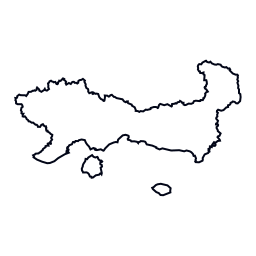 Anatolikis Makedonias kai Thr*, Anatoliki Makedonia kai Thraki, Greece
{"feature_id": "26713481B84884565940454", "entity_name": "Anatolikis Makedonias kai Thr*", "entity_type": "district", "adm_level": 2, "iso_a3": "GRC", "parent_name": "Greece", "parent_adm1": "Anatoliki Makedonia kai Thraki", "projection": "mercator", "projection_center": [25.319, 41.071], "detail": "fine", "context": "isolated", "style": "outline", "palette": "ink", "viewbox_px": 256, "rotation_deg": 0, "n_neighbors": 0, "source": "geoboundaries", "source_scale": "gbopen_adm2", "svg_char_len": 5735}
<svg xmlns="http://www.w3.org/2000/svg" viewBox="0 0 256 256"><path d="M33.6,157.3L37.0,159.6L42.1,161.7L47.2,163.2L49.9,163.0L54.4,161.2L58.2,158.1L64.9,154.2L68.8,152.7L68.4,152.2L67.1,152.9L66.4,152.3L66.7,150.5L67.2,150.2L68.3,150.5L68.6,149.7L68.4,149.2L67.1,148.5L67.2,147.5L67.6,147.0L68.2,147.0L69.3,145.2L71.9,144.3L73.0,142.0L74.1,141.9L74.6,142.3L75.6,141.0L78.1,141.1L78.9,140.2L81.6,139.5L84.8,140.1L85.9,142.7L87.2,144.6L89.1,146.6L90.5,149.4L93.4,148.0L95.6,148.7L96.1,149.5L94.9,149.5L95.2,149.9L96.9,150.1L100.8,149.3L103.3,150.7L103.8,150.5L105.2,148.4L109.2,144.4L113.7,142.5L115.8,142.0L117.5,142.3L118.1,139.7L118.5,139.2L122.7,135.4L125.5,134.8L127.9,135.5L128.7,136.1L128.7,137.6L127.7,138.9L127.9,139.7L130.6,140.4L131.3,141.4L134.3,141.3L137.0,141.8L138.2,143.1L138.6,142.1L139.7,141.9L140.7,141.1L143.7,141.3L145.3,141.8L146.7,144.4L152.3,145.6L156.3,147.3L156.3,148.0L159.6,149.4L162.4,148.4L171.2,150.5L179.2,150.2L184.2,151.3L186.5,150.5L189.7,151.3L191.3,152.2L193.0,154.0L193.6,155.9L194.9,155.7L196.0,158.4L195.5,159.9L195.8,160.6L195.2,161.4L195.6,162.1L199.0,162.3L202.5,160.7L202.8,159.7L202.7,158.0L204.7,154.4L208.1,153.0L208.6,152.2L209.5,151.6L209.3,150.6L208.5,150.5L208.5,148.9L209.8,148.7L209.9,146.3L210.3,146.3L210.2,147.1L210.5,148.0L210.6,146.8L211.8,147.1L212.1,144.9L212.8,143.9L212.8,145.0L213.7,145.9L214.9,145.9L215.6,144.9L214.5,143.1L214.6,142.3L216.0,142.5L217.6,141.0L220.0,140.7L219.7,139.7L217.5,137.1L217.9,136.4L219.5,135.8L220.6,133.4L217.8,131.1L217.8,130.2L216.6,128.1L216.6,127.0L218.0,125.7L218.1,124.8L217.8,124.4L216.0,124.4L216.1,123.6L217.2,123.0L218.0,120.8L216.2,118.7L216.4,117.5L217.4,116.5L217.1,114.8L217.9,112.8L216.9,111.9L217.0,110.8L218.1,109.7L221.2,110.7L223.5,110.1L226.3,107.4L228.1,107.0L228.0,105.3L229.7,104.8L230.3,104.1L230.6,102.8L231.8,102.4L232.7,101.5L234.7,101.9L236.2,103.3L237.7,103.4L240.1,101.1L240.6,97.1L240.3,94.1L239.0,93.1L239.0,89.4L238.1,88.0L238.4,85.6L237.4,82.7L238.2,81.1L237.3,79.6L237.9,77.7L237.6,76.8L238.0,75.6L237.4,74.7L235.7,74.7L232.8,73.5L229.7,70.4L230.2,69.5L229.5,68.4L228.2,68.7L226.3,67.1L225.0,67.5L222.5,66.8L221.7,66.3L220.6,64.7L217.8,64.1L216.3,64.7L214.5,64.5L211.9,63.4L210.4,61.7L209.1,62.5L207.5,62.1L206.4,61.5L206.2,60.8L205.7,60.8L202.4,62.6L201.3,64.3L199.2,64.1L198.2,65.2L197.8,66.4L198.2,68.2L197.9,69.4L199.0,71.3L199.9,71.4L200.2,73.0L201.8,73.1L203.5,72.5L203.5,74.4L204.6,75.1L204.2,80.2L206.3,80.2L206.7,81.6L206.9,83.9L206.0,85.4L205.9,86.5L204.8,86.9L204.6,87.5L205.0,88.5L206.4,89.5L207.8,91.6L206.2,92.3L205.1,93.7L205.4,94.9L205.0,96.2L204.1,98.0L203.3,98.2L203.3,99.3L202.8,100.1L200.6,100.0L200.0,100.6L200.1,101.0L199.5,101.1L195.8,100.7L193.9,101.2L193.1,103.0L191.2,103.8L188.6,103.6L185.8,105.0L184.7,105.1L183.5,104.5L183.5,102.8L182.2,102.9L181.6,101.9L180.0,100.9L179.4,101.9L177.5,102.3L176.6,103.5L175.9,103.6L175.4,103.2L174.3,103.8L172.1,104.0L171.8,106.3L171.5,106.5L167.4,104.2L164.2,105.2L160.2,103.9L159.1,104.9L158.1,107.8L157.6,108.0L157.0,107.3L155.9,107.0L153.8,107.0L150.7,108.0L150.5,109.1L147.1,109.9L145.8,109.6L143.2,111.4L140.5,111.1L139.3,111.9L137.9,111.1L135.7,110.9L135.8,110.1L134.7,107.3L132.0,105.7L131.7,104.6L128.2,103.2L127.6,102.5L127.8,101.4L126.7,101.4L125.7,102.2L124.1,101.4L122.5,99.3L116.6,98.1L114.8,96.9L113.9,96.9L111.8,94.8L110.4,95.2L109.4,96.4L108.6,96.6L107.4,95.7L104.8,95.5L105.0,96.9L104.5,100.3L104.3,100.8L103.5,100.9L102.6,99.8L100.9,99.0L99.3,97.2L98.2,94.0L96.6,93.6L95.4,93.8L94.5,93.2L92.9,94.0L92.6,93.8L93.0,92.4L92.1,92.2L89.3,93.2L88.2,91.6L88.3,90.1L88.0,89.0L86.4,88.0L85.5,85.6L85.7,84.3L84.4,81.8L84.9,80.6L82.9,78.9L81.5,79.8L79.4,80.2L78.3,81.1L78.2,82.8L77.2,83.5L76.3,82.8L74.6,82.8L74.0,81.9L73.1,81.8L72.2,82.1L70.8,84.0L68.9,83.0L66.3,84.6L65.6,83.2L66.1,81.8L65.1,80.6L63.7,79.7L64.1,78.9L63.0,78.4L60.6,80.9L59.2,80.7L59.1,81.4L57.9,82.5L58.0,83.6L57.3,84.2L56.5,84.0L55.3,81.9L53.6,82.3L53.2,81.8L52.0,81.5L51.0,80.7L49.5,81.4L49.1,82.5L48.0,83.4L48.4,85.6L48.2,87.1L49.0,89.0L46.9,90.6L45.3,90.1L44.8,88.9L44.1,90.0L41.4,91.8L39.3,90.6L39.2,89.5L37.1,87.5L36.7,88.3L36.6,89.8L35.3,90.7L34.5,90.3L33.7,90.8L32.8,90.7L31.0,91.8L28.6,91.9L27.8,93.8L26.2,96.0L25.2,95.3L20.7,95.2L19.2,94.6L17.2,96.2L17.1,97.6L16.3,98.1L15.4,98.0L15.7,99.2L15.4,100.2L16.0,101.1L16.1,103.4L17.6,104.2L21.5,104.2L22.3,105.3L22.7,106.8L21.5,107.7L20.9,110.4L21.8,111.8L21.4,113.1L22.2,113.8L23.3,113.8L22.7,114.9L22.7,116.4L23.8,116.7L24.8,116.3L26.2,117.9L26.7,119.2L28.0,120.0L28.6,121.3L29.6,121.3L31.7,122.7L33.1,122.6L35.5,124.7L36.8,124.8L37.7,125.8L37.9,126.8L40.1,126.9L41.3,124.9L42.9,124.2L43.6,125.6L44.2,125.6L45.6,126.9L46.0,126.6L46.4,127.9L46.0,128.6L46.3,130.5L47.3,130.6L47.3,131.3L47.9,131.3L48.2,132.0L49.5,132.6L50.6,133.9L52.3,134.8L52.1,136.2L51.1,137.9L52.1,139.6L50.3,141.8L51.0,143.3L50.8,143.9L50.3,143.9L49.2,143.1L47.8,143.6L48.5,145.7L46.6,145.7L45.5,146.2L45.6,147.1L43.0,149.0L42.7,150.2L41.7,150.7L40.6,152.1L39.6,152.4L38.6,153.4L35.5,153.7L34.9,154.5L33.1,155.3L34.0,156.7L33.6,157.3ZM93.5,156.8L92.1,155.1L88.3,157.5L87.1,159.2L85.6,158.9L85.2,161.2L83.5,163.7L82.8,165.4L82.8,166.3L81.8,168.7L82.0,170.6L82.7,171.4L83.1,172.5L86.6,172.4L87.7,172.9L88.9,174.1L89.9,176.5L91.4,176.7L91.6,177.7L93.0,177.5L95.8,175.3L99.1,174.7L100.1,173.5L100.7,173.3L101.5,174.3L101.8,173.1L100.6,167.7L102.0,166.6L101.7,164.9L100.4,164.3L100.2,163.2L100.6,161.9L101.8,162.0L102.2,161.5L101.4,160.6L99.9,160.5L98.7,159.5L98.0,158.4L97.9,157.5L97.3,156.9L95.4,157.5L93.5,156.8ZM160.8,183.8L157.6,184.3L155.8,185.1L153.6,187.2L152.2,187.8L152.8,189.0L156.3,192.1L158.8,193.1L160.5,195.0L163.2,195.2L170.4,192.4L170.2,191.0L170.6,188.2L167.5,185.4L160.8,183.8Z" fill="none" stroke="#020617" stroke-width="2"/></svg>